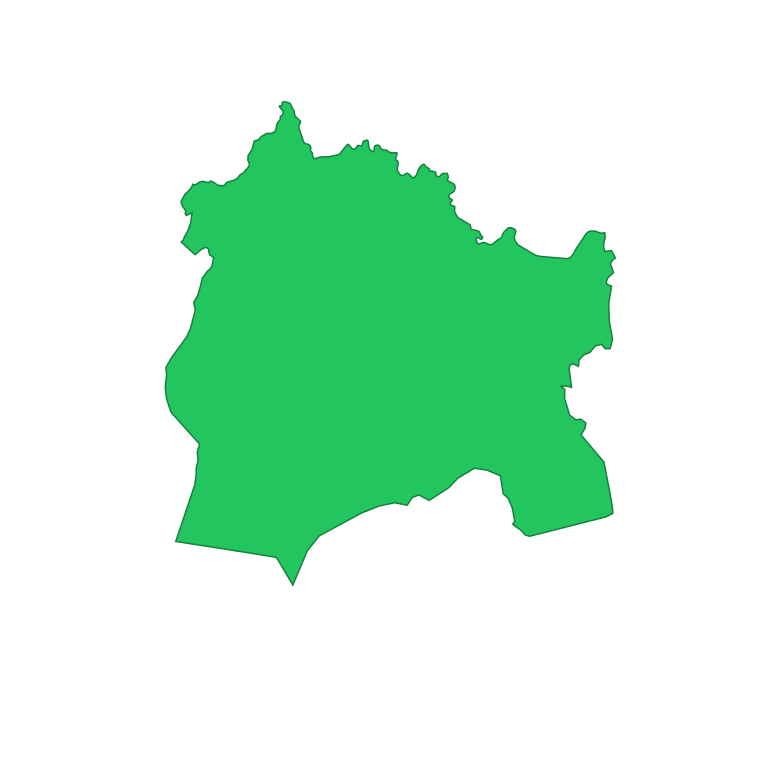 an SVG outline of Aqtöbe, rotated 26°
{"feature_id": "KAZ-3195", "entity_name": "Aqtöbe", "entity_type": "Region", "adm_level": 1, "iso_a3": "KAZ", "parent_name": "Kazakhstan", "parent_adm1": "", "projection": "albers", "projection_center": [57.897, 48.229], "detail": "fine", "context": "isolated", "style": "filled", "palette": "green", "viewbox_px": 768, "rotation_deg": 26, "n_neighbors": 0, "source": "natural_earth", "source_scale": "10m", "svg_char_len": 5270}
<svg xmlns="http://www.w3.org/2000/svg" viewBox="0 0 768 768"><g transform="rotate(26 384 384)"><path d="M390.2,604.7L385.5,601.6L378.8,597.1L373.6,593.7L370.3,591.5L369.1,590.8L365.0,588.1L363.6,587.4L362.4,587.3L358.1,588.6L354.9,589.5L351.8,590.5L348.6,591.4L345.4,592.4L342.4,593.3L339.3,594.2L336.3,595.1L333.2,596.0L326.6,598.1L320.0,600.1L313.4,602.1L306.8,604.1L301.8,605.7L296.9,607.2L291.9,608.8L286.9,610.3L281.9,611.9L276.9,613.4L271.9,614.9L266.9,616.5L265.8,616.8L265.8,616.4L258.1,557.2L254.7,547.3L252.1,542.0L251.1,537.2L250.0,533.4L245.9,526.9L244.8,519.0L205.0,502.8L194.9,492.5L188.8,482.8L184.8,471.4L180.8,464.9L181.4,454.0L186.0,427.9L185.7,419.1L182.0,400.2L177.2,394.1L177.7,385.9L176.2,376.7L174.3,368.6L176.0,359.2L177.1,357.6L177.6,353.6L175.5,345.0L171.1,344.5L169.0,342.6L167.4,339.7L164.7,339.1L162.7,340.5L160.4,343.9L157.5,350.6L139.4,345.2L140.5,342.8L140.1,339.1L140.5,331.9L139.5,323.5L136.4,314.1L132.5,319.2L130.5,317.9L130.3,315.6L124.8,312.4L121.6,309.1L121.9,301.3L124.7,292.9L124.7,288.3L127.2,287.8L129.5,283.6L132.0,281.4L138.0,280.0L139.5,277.4L142.0,277.4L148.0,278.2L153.6,275.6L153.9,272.5L156.0,269.9L159.2,267.3L162.0,263.6L162.8,259.5L165.3,255.0L166.0,251.9L167.4,247.6L166.1,244.6L163.9,243.0L161.7,238.4L162.6,230.5L160.8,222.7L164.2,219.3L165.1,215.5L168.8,210.1L169.0,210.0L171.0,209.3L173.8,207.1L175.3,204.9L175.2,202.5L173.8,197.0L173.9,195.4L174.6,192.6L174.6,191.1L174.4,190.6L173.7,189.7L173.6,189.1L173.7,188.5L174.6,187.2L174.9,186.6L174.3,183.6L171.8,182.0L169.1,181.0L168.1,180.1L168.7,179.4L169.6,179.0L170.2,178.3L169.3,175.4L169.8,174.5L170.7,174.1L174.8,172.9L175.9,172.9L177.0,173.3L178.0,173.9L179.8,175.7L182.8,177.4L183.7,178.4L185.1,180.4L186.6,182.1L193.8,184.5L194.4,186.1L194.2,189.1L195.2,191.1L205.4,201.4L206.5,202.1L207.4,202.4L208.3,202.4L210.7,201.8L211.9,201.8L213.1,202.2L214.2,203.1L214.9,204.3L215.2,205.5L215.7,206.5L217.9,207.5L218.6,208.3L220.0,210.5L222.0,212.0L223.7,211.4L227.2,207.9L235.3,203.6L242.4,197.9L243.4,196.2L245.4,187.2L245.9,185.4L246.5,184.4L247.3,184.2L251.2,186.1L252.6,186.5L253.9,186.2L254.9,185.3L255.3,184.2L255.7,181.4L256.4,180.7L258.8,180.4L259.6,179.4L259.6,178.4L259.1,176.2L259.1,175.1L259.6,174.2L260.4,173.4L261.9,172.2L263.3,172.7L267.4,178.9L268.3,179.4L271.7,180.1L272.6,180.0L272.7,179.2L272.4,178.0L271.5,175.5L271.4,174.1L272.1,173.0L273.1,172.4L274.0,172.0L275.2,171.8L276.0,172.2L277.7,173.6L278.9,174.1L280.1,174.0L281.4,173.7L282.6,173.1L283.8,172.8L287.7,173.3L290.0,172.8L293.1,170.9L293.9,170.6L294.5,171.0L295.1,172.6L295.5,175.5L295.8,176.8L296.6,177.4L297.7,177.4L298.6,177.7L299.4,178.3L300.1,179.6L300.5,180.8L301.1,183.5L301.5,184.7L302.2,185.9L303.1,186.7L306.2,188.5L307.4,188.9L308.6,188.8L309.7,188.2L310.5,187.1L311.1,186.0L311.7,185.0L312.8,184.3L314.7,184.6L319.1,186.0L320.7,185.1L321.4,182.9L321.4,180.4L321.0,175.5L321.3,172.7L322.1,170.9L322.9,169.3L324.2,169.0L326.3,170.3L327.1,170.5L329.7,170.5L330.3,170.8L330.7,171.2L331.5,172.3L331.9,172.4L333.3,171.7L333.9,171.5L337.5,170.9L337.8,171.0L338.0,171.3L338.1,171.8L338.0,172.3L338.1,172.5L339.2,173.3L340.5,174.0L341.7,174.1L342.8,173.3L343.4,172.0L343.8,170.3L344.4,169.0L345.4,168.4L346.5,168.1L348.4,166.9L349.1,167.5L350.5,169.0L351.1,170.0L351.3,171.0L351.3,172.0L351.7,172.9L352.6,173.4L358.4,173.5L360.5,174.4L362.0,176.4L362.4,179.5L362.1,180.9L361.6,182.0L360.9,182.9L360.1,183.7L359.8,184.7L359.9,186.1L360.4,187.5L361.0,188.4L361.9,188.5L364.3,188.4L364.8,189.1L364.4,192.0L364.6,193.0L365.4,193.9L366.6,194.0L368.1,193.6L369.4,193.4L370.4,194.4L371.2,196.8L371.6,197.7L372.5,198.6L376.1,201.3L378.0,202.1L390.9,203.1L392.0,203.4L392.8,204.4L393.3,205.5L393.9,206.2L394.6,206.5L395.5,206.6L400.0,205.4L402.4,205.2L404.4,206.5L405.4,207.5L407.9,208.5L408.5,209.0L408.4,210.9L407.2,211.5L404.5,211.1L403.2,212.3L403.2,213.4L404.0,214.5L406.7,216.9L408.3,216.2L409.8,214.5L411.4,213.1L413.8,212.6L416.3,212.7L418.7,212.2L420.6,210.0L422.6,205.4L423.1,204.4L424.6,202.5L425.1,201.5L425.3,200.2L425.0,197.6L425.0,196.1L425.2,194.8L427.0,189.8L427.4,189.2L427.8,188.7L429.8,187.8L432.7,187.5L435.3,188.4L436.1,191.1L436.3,193.9L437.4,196.0L439.0,197.7L440.8,198.9L443.5,200.2L463.5,201.9L468.2,200.9L481.2,195.9L494.1,190.9L495.6,189.3L496.6,187.0L497.1,183.8L497.5,177.0L497.9,174.9L499.5,162.3L500.3,158.7L501.8,156.6L503.8,155.3L506.2,154.5L505.4,154.2L506.6,154.1L513.3,153.3L516.0,151.2L518.6,155.3L519.3,159.3L520.7,163.5L524.3,168.1L529.9,164.4L536.8,169.3L535.4,171.5L534.6,176.5L541.5,183.3L538.5,190.7L539.2,195.1L541.0,196.7L545.6,196.3L550.9,213.7L559.5,229.5L569.9,243.8L571.7,253.2L567.3,255.3L562.0,253.0L557.2,257.3L555.2,265.3L550.7,270.4L548.8,277.0L551.1,282.9L544.7,283.0L542.8,285.8L543.7,289.1L554.0,304.8L549.1,305.7L544.0,308.5L548.8,309.7L552.9,318.2L564.4,330.5L572.0,332.1L576.3,329.4L582.5,330.5L584.1,335.9L583.3,343.3L615.9,357.8L633.1,380.5L644.0,395.7L646.4,400.0L642.0,405.9L581.4,457.2L576.8,457.7L570.8,455.2L565.9,454.7L561.1,453.6L561.8,450.2L553.6,439.1L545.6,432.2L539.3,430.5L528.9,415.5L514.5,416.3L502.2,420.1L491.8,436.0L487.7,448.7L475.6,468.9L464.0,468.4L459.2,473.5L458.0,482.7L445.6,486.1L433.1,495.8L420.5,509.6L392.4,548.8L388.2,567.5L390.2,604.7Z" fill="#22c55e" stroke="#15803d" stroke-width="1.5"/></g></svg>